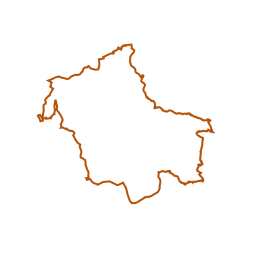 the district of Nimigea, Bistrita-Nasaud, Romania, rotated 130°
{"feature_id": "2599482B55798820459251", "entity_name": "Nimigea", "entity_type": "district", "adm_level": 2, "iso_a3": "ROU", "parent_name": "Romania", "parent_adm1": "Bistrita-Nasaud", "projection": "orthographic", "projection_center": [24.308, 47.25], "detail": "fine", "context": "isolated", "style": "outline", "palette": "amber", "viewbox_px": 256, "rotation_deg": 130, "n_neighbors": 0, "source": "geoboundaries", "source_scale": "gbopen_adm2", "svg_char_len": 5685}
<svg xmlns="http://www.w3.org/2000/svg" viewBox="0 0 256 256"><g transform="rotate(130 128 128)"><path d="M192.3,121.3L192.2,118.6L191.1,116.3L191.0,114.8L187.0,113.0L185.5,112.5L180.7,107.8L178.8,100.0L178.0,98.9L173.1,96.6L175.2,91.0L179.5,85.1L182.6,79.7L183.1,76.8L181.1,74.4L178.5,72.9L174.8,71.9L170.7,70.4L170.5,70.7L170.1,70.5L170.1,70.2L168.5,69.3L167.4,67.7L166.1,67.2L165.7,66.7L165.1,66.4L160.9,65.1L159.2,64.2L157.3,64.0L155.0,64.5L153.8,65.0L151.4,67.0L150.1,67.5L148.2,68.8L146.7,70.6L146.3,72.3L145.6,73.8L143.2,75.0L142.3,76.2L141.2,75.2L138.9,73.9L137.9,72.3L137.9,71.7L137.5,71.1L136.9,70.4L136.0,70.2L134.8,69.5L134.3,68.6L134.8,68.6L134.6,67.6L135.3,67.6L135.3,66.8L134.9,65.9L134.9,65.3L134.5,64.0L134.9,62.5L134.7,61.5L134.3,61.3L134.2,60.8L133.3,59.2L133.2,58.7L134.3,57.0L134.6,56.0L135.7,54.2L135.3,52.7L135.7,52.1L135.7,51.9L134.9,50.7L134.8,50.3L134.3,49.6L134.9,49.0L134.7,47.9L133.7,48.3L133.4,48.2L133.2,47.6L133.0,47.4L131.6,46.9L130.4,47.2L130.2,46.1L129.3,46.2L129.1,45.2L128.3,44.2L128.1,43.6L128.2,43.2L127.2,43.5L126.6,42.6L125.7,41.8L125.8,41.6L124.5,40.6L123.4,40.1L122.1,38.6L121.5,38.5L120.7,37.9L121.1,36.9L121.0,36.4L120.0,36.5L119.5,36.9L119.4,37.2L119.5,37.4L119.2,38.0L118.7,38.0L118.1,41.5L118.2,42.3L117.9,43.1L117.9,43.6L116.8,43.7L116.4,43.3L115.5,43.2L115.8,44.2L115.9,46.1L116.1,46.4L116.1,46.9L116.3,47.1L115.8,47.6L115.7,48.2L114.4,48.5L114.0,48.9L112.9,48.9L111.9,49.2L111.9,49.5L111.3,49.9L110.9,50.5L110.2,50.0L110.0,49.5L110.1,48.4L108.4,48.5L108.2,48.2L108.1,47.7L107.5,47.9L107.4,49.2L107.0,50.1L106.7,49.8L106.3,50.1L106.1,52.4L104.8,52.9L103.8,54.0L102.2,54.8L101.3,55.6L100.1,56.2L99.4,57.4L98.4,57.5L96.9,58.5L95.5,58.9L95.3,59.3L94.9,59.3L94.2,59.8L93.4,60.0L93.2,60.4L92.2,60.9L91.1,61.9L90.0,62.5L89.6,63.0L88.3,63.4L87.6,64.0L87.6,64.8L88.1,66.1L88.4,67.1L88.7,70.3L88.1,72.1L87.3,72.3L85.6,72.1L85.5,71.2L84.2,71.1L84.1,70.4L83.5,69.5L81.8,68.8L81.8,68.1L81.2,67.5L80.0,65.8L79.4,65.5L79.3,65.1L77.7,65.5L77.6,64.5L77.7,62.3L77.2,61.1L76.6,60.3L76.5,62.1L76.2,62.9L75.5,62.6L75.0,64.1L74.3,64.6L73.8,65.5L73.0,67.4L72.5,69.2L71.8,70.4L71.2,70.2L70.5,69.7L69.5,69.7L69.3,70.4L69.9,72.2L70.6,71.7L70.8,71.8L71.0,72.7L72.0,73.0L72.9,74.4L73.5,74.8L73.7,76.0L74.1,76.3L73.9,77.9L74.3,78.4L74.6,79.6L75.4,80.8L75.3,81.5L75.6,81.6L75.9,83.4L76.2,83.5L76.8,84.9L76.9,85.4L76.6,85.9L77.0,86.8L77.5,87.3L77.2,87.9L77.2,88.4L77.8,88.6L78.0,88.9L77.9,89.2L77.3,89.5L77.2,89.8L77.6,90.2L77.9,91.3L78.3,91.5L79.5,91.6L79.5,91.9L79.3,92.2L79.9,92.8L80.2,93.5L81.4,94.5L82.3,94.9L82.5,96.3L83.5,97.5L83.5,98.1L83.8,98.3L84.2,98.9L85.3,99.4L85.7,99.8L86.2,101.4L86.3,102.0L86.5,102.2L86.6,104.5L87.1,106.3L87.9,107.7L90.2,108.5L90.9,109.7L91.2,109.8L91.6,110.7L91.8,111.7L91.7,112.0L91.8,112.3L92.3,112.9L91.8,113.2L91.7,113.6L91.7,117.0L92.0,117.6L93.2,118.2L93.6,119.0L93.6,119.3L95.1,119.6L95.6,120.0L95.7,120.6L93.7,121.5L92.9,122.1L91.4,123.9L91.0,125.9L91.2,126.4L92.0,127.0L92.3,127.6L91.9,128.9L92.0,129.7L92.5,130.9L92.5,133.1L92.0,132.8L91.7,135.1L90.0,137.4L89.8,138.9L89.3,140.2L88.5,141.1L87.8,141.4L84.4,142.4L83.7,143.3L83.5,144.2L83.8,147.2L83.4,148.1L81.9,149.0L78.9,149.3L78.4,149.5L78.0,149.9L78.1,150.6L78.9,151.0L80.1,151.1L80.4,151.0L80.7,151.1L80.0,153.2L79.8,154.1L80.0,155.7L80.3,156.8L80.2,158.1L80.0,158.5L78.4,160.2L78.0,161.5L77.9,162.6L78.1,163.5L78.1,165.8L75.7,169.4L73.4,170.7L72.3,171.9L69.5,172.4L66.2,172.2L64.5,173.1L64.6,174.2L64.4,174.8L64.7,176.4L63.5,177.2L61.9,179.0L65.0,181.9L65.8,182.9L66.2,182.5L66.5,182.7L66.7,183.0L67.3,184.3L68.2,184.0L69.3,185.0L70.5,184.3L70.7,184.7L72.5,183.8L72.6,184.7L72.4,185.9L72.6,187.2L73.1,187.0L72.8,185.9L77.0,187.3L77.4,187.9L78.1,188.1L79.4,187.3L79.6,188.1L80.6,187.3L81.8,189.1L83.2,189.5L85.2,190.7L87.2,191.4L89.4,192.6L90.3,191.3L91.5,192.1L93.9,194.4L98.0,190.6L99.8,189.4L100.3,189.4L102.0,188.5L103.0,189.1L104.5,190.8L105.8,193.5L106.3,195.3L105.9,197.6L106.0,198.2L107.5,198.2L108.2,198.5L109.0,199.7L110.5,200.2L112.9,199.8L113.8,199.1L114.4,199.4L116.4,199.3L117.6,199.4L119.3,200.3L119.9,200.8L120.8,202.2L123.3,203.8L125.3,204.6L128.1,205.0L129.3,205.8L130.3,207.4L131.1,209.6L132.1,211.0L132.8,213.9L136.0,216.2L139.1,217.5L143.0,219.6L142.2,215.7L144.5,215.0L145.4,214.0L146.3,214.0L146.1,210.6L151.2,209.8L152.6,209.2L153.1,208.9L153.9,209.0L154.2,209.5L159.3,209.7L160.4,208.9L160.8,207.9L161.4,207.3L162.1,207.0L162.2,206.8L164.3,207.4L165.1,207.2L167.0,205.6L168.2,204.2L171.7,202.2L176.1,199.1L174.4,203.5L174.9,204.2L176.3,205.0L176.7,204.9L176.9,204.4L177.2,202.8L179.1,199.4L176.9,198.1L176.2,198.9L174.5,198.4L172.8,197.4L173.5,196.7L171.7,195.0L170.6,194.3L170.5,193.5L170.3,193.3L170.1,193.4L170.0,193.8L169.3,193.7L169.3,194.1L166.0,193.9L164.4,193.3L164.2,194.0L161.6,195.2L160.9,195.8L159.5,197.6L157.7,199.1L152.9,201.8L157.3,195.9L158.9,195.0L159.9,193.9L160.4,192.6L160.6,190.5L161.1,189.4L161.7,187.2L162.5,185.6L162.8,184.8L163.4,183.8L164.1,183.0L165.0,182.8L165.5,182.4L167.7,182.1L168.5,181.8L168.7,181.2L170.1,179.8L170.9,179.6L169.8,178.6L169.4,177.7L168.8,175.4L168.5,174.9L167.9,174.5L168.3,173.8L168.2,173.4L167.8,172.6L167.7,170.9L167.4,170.3L166.9,170.1L166.2,169.0L166.0,167.0L166.2,166.0L166.4,165.7L167.1,165.5L168.8,165.3L169.0,165.1L169.4,163.5L170.2,162.2L171.6,157.8L171.7,155.9L171.4,154.7L171.4,153.9L173.5,152.9L174.7,150.7L175.0,149.8L176.4,148.2L177.4,147.6L178.5,147.3L181.0,145.5L181.1,145.2L180.8,144.5L180.3,142.7L180.3,140.9L180.1,140.2L181.2,138.8L183.1,137.3L183.9,136.1L186.3,132.2L186.7,130.8L187.8,129.3L189.7,128.1L190.6,126.9L192.7,127.0L193.3,127.8L194.1,126.2L193.0,125.3L191.7,125.0L191.6,123.5L192.0,121.9L192.3,121.3Z" fill="none" stroke="#b45309" stroke-width="2"/></g></svg>